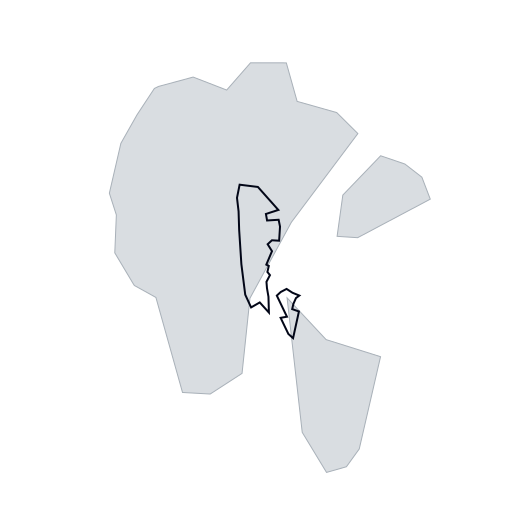 location of Tsuen Wan within Hong Kong S.A.R., rotated 283°
{"feature_id": "HKG-5165", "entity_name": "Tsuen Wan", "entity_type": "state/province", "adm_level": 1, "iso_a3": "HKG", "parent_name": "Hong Kong S.A.R.", "parent_adm1": "", "projection": "orthographic", "projection_center": [114.074, 22.367], "detail": "fine", "context": "in_parent", "style": "outline", "palette": "ink", "viewbox_px": 512, "rotation_deg": 283, "n_neighbors": 0, "source": "natural_earth", "source_scale": "10m", "svg_char_len": 1185}
<svg xmlns="http://www.w3.org/2000/svg" viewBox="0 0 512 512"><g transform="rotate(283 256 256)"><path d="M199.9,144.1L202.1,141.9L227.3,117.7L264.6,110.7L284.2,99.0L335.4,99.0L366.8,108.3L396.4,119.3L399.3,122.9L416.2,154.5L411.1,190.1L443.0,207.2L451.0,242.1L415.9,261.3L413.9,302.4L398.2,327.7L296.9,282.9L213.5,259.6L138.5,268.8L111.2,242.4L106.5,215.1L193.1,167.8L199.9,144.1ZM185.9,400.0L91.2,400.0L71.0,391.5L61.0,373.4L94.6,340.7L222.2,295.7L190.3,343.1L185.9,400.0ZM370.1,399.9L350.6,413.0L296.7,350.9L293.4,330.6L334.9,326.9L381.7,354.9L379.1,380.4L370.1,399.9Z" fill="#d9dde1" stroke="#a8b0b8" stroke-width="1"/><path d="M276.1,275.1L274.9,268.0L270.1,264.7L264.3,270.5L249.9,268.0L249.2,270.7L243.0,270.7L240.5,273.9L233.2,272.0L227.2,273.9L219.1,277.3L203.8,281.3L211.6,270.1L204.8,262.8L215.9,254.2L244.7,243.6L277.7,233.7L295.5,229.0L308.4,224.4L321.8,224.0L323.7,242.3L305.9,267.4L299.2,256.2L293.1,258.8L296.4,269.9L290.0,272.8L276.1,275.1ZM184.3,310.6L187.3,305.1L201.3,293.9L203.8,299.8L222.1,285.2L226.5,288.2L230.8,293.2L228.4,299.8L227.2,307.1L224.0,304.4L217.8,303.2L212.4,303.2L211.6,310.3L184.3,310.6Z" fill="none" stroke="#020617" stroke-width="2"/></g></svg>